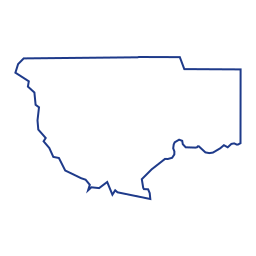 the district of Wakulla, Florida, United States of America
{"feature_id": "52423323B44157144266829", "entity_name": "Wakulla", "entity_type": "district", "adm_level": 2, "iso_a3": "USA", "parent_name": "United States of America", "parent_adm1": "Florida", "projection": "natural_earth1", "projection_center": [-84.385, 30.132], "detail": "fine", "context": "isolated", "style": "outline", "palette": "blue", "viewbox_px": 256, "rotation_deg": 0, "n_neighbors": 0, "source": "geoboundaries", "source_scale": "gbopen_adm2", "svg_char_len": 895}
<svg xmlns="http://www.w3.org/2000/svg" viewBox="0 0 256 256"><path d="M23.7,58.4L18.1,64.1L15.4,72.7L28.8,81.3L27.9,86.6L34.4,92.5L35.6,104.8L39.0,107.3L37.5,120.4L38.3,129.6L45.7,138.0L43.6,141.3L49.3,148.0L53.3,156.9L58.9,158.0L65.2,170.5L81.1,178.2L85.6,179.7L89.8,184.8L88.1,190.3L91.4,187.3L99.1,188.1L107.2,182.0L112.4,194.7L115.2,190.3L117.5,192.3L150.3,199.0L149.7,193.1L148.1,189.3L143.9,189.1L143.2,187.8L141.8,179.2L151.7,169.3L165.0,158.9L167.8,159.0L172.1,157.8L174.3,154.5L174.4,151.5L173.2,148.3L173.7,144.5L174.7,142.3L179.1,139.7L182.2,140.8L182.8,144.2L185.7,147.3L195.6,147.6L197.2,147.2L197.8,146.3L198.8,146.3L205.4,152.4L209.3,153.1L212.9,152.6L220.2,148.3L223.9,145.2L227.7,147.3L231.4,143.9L234.2,143.4L236.8,144.6L238.1,144.5L240.5,143.2L240.6,69.4L184.3,69.1L179.8,57.1L169.1,57.1L138.8,57.0L137.6,57.3L23.7,58.4Z" fill="none" stroke="#1e3a8a" stroke-width="2"/></svg>